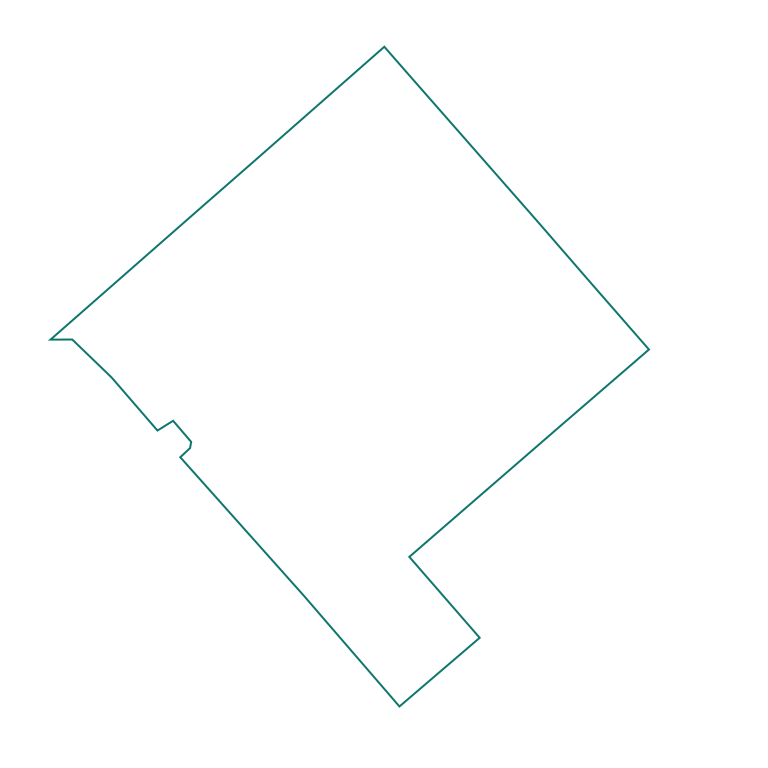 outline of Lincoln, Mississippi, United States of America, rotated 229°
{"feature_id": "52423323B79314410482452", "entity_name": "Lincoln", "entity_type": "district", "adm_level": 2, "iso_a3": "USA", "parent_name": "United States of America", "parent_adm1": "Mississippi", "projection": "orthographic", "projection_center": [-90.415, 31.533], "detail": "fine", "context": "isolated", "style": "outline", "palette": "teal", "viewbox_px": 768, "rotation_deg": 229, "n_neighbors": 0, "source": "geoboundaries", "source_scale": "gbopen_adm2", "svg_char_len": 442}
<svg xmlns="http://www.w3.org/2000/svg" viewBox="0 0 768 768"><g transform="rotate(229 384 384)"><path d="M621.2,605.5L638.3,605.5L637.4,439.0L637.2,365.5L637.1,340.1L636.3,163.1L636.3,161.4L622.1,177.9L567.5,182.7L497.5,182.5L494.6,200.7L466.8,200.5L462.9,195.6L462.4,182.2L277.4,184.6L130.5,184.1L129.7,289.7L236.9,289.7L236.6,491.3L236.2,606.6L324.1,606.4L405.2,606.5L621.2,605.5Z" fill="none" stroke="#0f766e" stroke-width="2"/></g></svg>